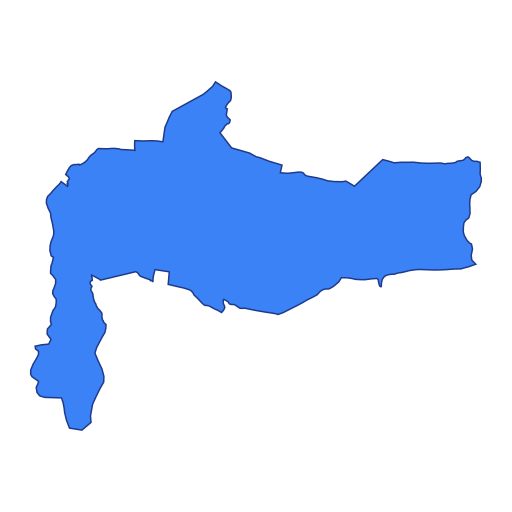 outline of Teteles de Avila Castillo, Puebla, Mexico
{"feature_id": "50627088B73546820144927", "entity_name": "Teteles de Avila Castillo", "entity_type": "district", "adm_level": 2, "iso_a3": "MEX", "parent_name": "Mexico", "parent_adm1": "Puebla", "projection": "albers", "projection_center": [-97.454, 19.852], "detail": "fine", "context": "isolated", "style": "filled", "palette": "blue", "viewbox_px": 512, "rotation_deg": 0, "n_neighbors": 0, "source": "geoboundaries", "source_scale": "gbopen_adm2", "svg_char_len": 5912}
<svg xmlns="http://www.w3.org/2000/svg" viewBox="0 0 512 512"><path d="M475.8,264.2L471.8,260.1L471.2,255.4L472.5,249.0L471.8,245.6L471.5,244.1L469.4,242.9L467.1,240.5L464.4,235.8L463.3,232.1L463.4,227.2L463.9,222.9L465.9,220.1L468.7,218.0L470.0,213.7L469.9,207.7L469.7,204.0L469.9,199.7L471.1,194.8L476.1,191.3L479.7,186.7L481.3,181.4L481.3,178.2L480.1,174.1L480.3,168.8L480.1,162.3L476.9,161.3L474.6,161.4L472.0,160.6L470.6,159.3L469.3,157.8L468.0,156.9L466.0,157.5L464.6,159.1L463.1,160.3L459.2,160.9L457.1,161.3L456.1,162.1L454.5,162.8L452.2,163.1L450.3,163.3L446.9,163.4L445.6,163.9L440.2,163.0L429.7,163.3L421.7,163.1L413.4,162.2L407.0,162.3L401.1,162.3L394.1,162.8L387.8,160.9L382.7,159.6L354.5,186.2L345.9,181.1L342.4,181.7L334.3,181.6L327.6,180.8L322.3,179.1L316.4,177.7L308.2,176.3L306.0,175.7L304.4,174.5L303.6,173.2L301.6,172.2L298.0,172.1L294.3,172.6L287.9,173.3L280.3,172.8L282.0,165.1L269.3,161.3L259.4,157.5L256.4,156.9L249.7,153.1L231.6,147.9L220.0,132.8L220.3,132.4L222.4,129.9L223.8,128.1L224.8,126.1L227.0,124.0L227.4,123.8L228.5,123.7L228.9,123.4L229.7,122.2L229.9,121.3L230.2,119.9L228.9,118.6L227.3,117.2L226.5,115.4L226.3,114.6L227.0,111.0L227.1,109.6L227.3,108.9L225.5,107.9L225.7,106.8L226.1,106.0L227.1,104.4L228.5,102.6L230.5,100.6L231.0,98.9L231.3,97.0L231.1,93.8L230.9,92.0L229.9,90.6L224.8,87.6L221.6,85.9L218.6,83.9L215.5,81.9L212.6,86.4L207.0,91.3L204.5,93.4L203.0,94.5L172.2,111.4L172.1,111.7L169.4,116.9L166.8,123.1L165.3,126.5L165.0,127.2L162.9,141.8L157.4,141.0L151.1,140.7L142.7,141.0L134.8,140.6L134.7,141.8L134.6,145.6L134.7,148.6L134.9,149.9L135.0,150.3L125.6,149.7L120.8,149.5L120.0,149.2L118.7,148.8L116.6,148.6L114.4,148.4L112.2,148.4L109.7,148.6L108.4,148.7L106.6,148.8L104.7,148.7L99.3,148.6L98.4,148.5L96.8,149.7L96.0,150.8L94.9,152.2L93.6,153.4L92.6,154.0L92.2,154.3L91.7,154.7L91.0,155.2L90.4,155.8L89.7,156.5L89.3,157.0L88.8,157.6L88.4,158.2L87.7,159.4L86.4,160.8L85.2,161.8L84.7,162.2L83.9,162.8L83.3,163.2L82.4,163.7L81.9,164.0L81.3,164.3L80.7,164.6L80.1,164.8L79.7,165.0L78.9,164.2L77.4,164.5L75.4,164.6L73.9,164.6L72.5,165.1L71.3,165.5L70.3,166.6L69.5,167.4L68.6,169.0L67.0,171.8L66.2,173.5L65.7,174.5L66.7,175.4L67.6,176.1L68.4,176.9L69.2,178.1L69.1,179.3L68.2,180.1L67.7,181.3L67.5,181.5L67.3,181.7L67.5,181.9L67.5,182.2L67.6,182.9L67.5,183.4L67.8,183.7L67.3,183.8L67.5,184.3L67.7,184.8L67.8,185.7L67.5,186.3L61.1,181.6L60.2,183.1L58.8,184.7L56.0,187.4L53.0,190.6L50.6,193.5L47.7,196.4L46.5,199.6L46.4,203.2L48.2,208.4L50.5,212.9L51.0,217.7L52.3,222.8L53.0,226.5L53.8,231.1L53.7,234.2L53.1,236.7L52.2,238.8L51.0,241.8L50.1,245.6L49.9,250.5L51.2,255.9L53.4,257.2L52.2,262.8L51.0,265.9L50.6,270.8L50.6,273.5L52.3,274.9L55.7,279.5L55.6,283.5L54.1,287.8L52.8,291.0L52.7,293.7L54.2,296.5L56.2,299.2L56.2,303.0L55.4,307.1L53.0,310.6L52.2,312.7L50.6,317.2L50.5,321.5L51.4,324.3L50.0,326.1L47.4,329.0L47.1,334.0L51.0,339.4L48.7,344.1L41.6,344.8L35.1,346.2L35.6,349.0L38.6,351.4L38.4,354.8L36.1,359.2L33.0,364.4L30.7,370.1L30.7,374.4L32.1,376.8L38.5,381.3L38.1,383.3L36.2,387.4L37.0,392.5L39.8,395.9L43.2,396.9L45.0,397.4L61.5,397.9L63.1,402.6L64.1,407.9L64.6,412.3L66.4,420.0L69.5,428.1L81.9,430.1L91.0,422.4L90.5,415.9L92.6,404.2L96.1,396.5L100.1,388.4L103.7,382.1L103.9,376.4L102.0,369.1L98.1,360.8L94.9,353.1L96.7,347.4L102.0,337.4L104.9,332.5L105.8,328.4L106.0,324.5L103.7,322.3L103.3,320.8L103.1,320.7L102.9,320.4L102.7,320.2L102.4,319.5L102.4,319.1L102.3,318.8L102.2,318.4L102.1,318.1L102.1,317.6L102.0,317.2L101.8,316.5L101.9,315.8L102.0,314.9L101.9,313.9L101.8,313.3L101.6,312.7L99.5,310.0L98.8,309.4L98.1,308.8L97.4,307.8L97.1,307.1L96.5,306.2L96.1,305.2L95.8,304.0L94.5,301.8L94.0,300.1L93.4,298.4L93.4,297.4L93.2,296.7L93.1,296.1L93.0,295.4L93.0,294.7L92.7,293.6L92.5,293.0L92.1,292.3L91.1,290.7L90.9,290.5L90.9,289.6L90.9,288.8L91.0,288.4L91.1,288.0L91.4,287.3L91.8,286.9L91.9,286.7L91.9,286.4L91.9,286.1L91.6,285.7L91.2,285.4L91.0,285.0L90.7,284.7L90.5,284.1L90.3,283.6L90.2,283.2L90.1,282.7L90.1,282.4L90.1,282.1L90.2,281.9L90.5,281.4L90.8,281.2L91.2,281.0L91.5,280.8L92.1,280.4L92.3,280.3L92.3,279.6L92.2,279.2L92.1,278.8L92.1,277.8L92.0,277.4L91.7,276.9L91.6,276.5L91.7,275.9L91.6,275.5L91.6,275.1L96.0,277.3L99.1,279.0L100.5,280.1L135.7,271.7L136.1,271.9L136.5,272.1L136.8,272.3L137.5,272.6L137.8,272.9L138.0,273.2L138.2,273.6L138.5,273.9L138.8,274.3L139.2,275.0L139.5,275.4L140.1,275.9L140.9,276.4L142.3,277.0L145.8,278.3L150.5,279.9L150.4,280.6L152.2,280.9L152.7,281.5L153.0,281.3L153.0,279.0L153.4,275.9L155.0,269.6L169.2,271.8L169.2,272.6L168.2,284.4L177.5,286.6L180.6,287.3L183.4,287.9L186.6,288.9L189.7,289.9L191.6,291.2L193.3,293.4L194.1,295.1L196.0,296.8L198.6,299.4L200.2,301.2L200.8,301.8L201.5,302.5L202.0,303.0L203.1,304.1L204.0,304.9L205.2,305.4L206.6,305.5L207.7,305.6L209.0,305.9L215.1,309.2L217.8,310.3L221.5,312.5L223.2,310.7L224.3,308.8L224.8,307.5L224.3,305.6L223.5,303.9L223.2,302.4L223.2,300.3L223.8,299.4L226.0,300.5L228.0,301.7L229.3,303.8L230.8,304.4L234.5,304.6L237.6,306.7L239.9,308.2L241.6,308.4L244.4,308.2L246.4,308.5L251.0,309.5L256.1,310.5L264.8,312.0L272.9,313.2L276.9,314.0L278.0,314.5L283.4,312.5L293.8,307.2L297.2,305.5L303.2,302.3L306.6,300.2L313.3,296.9L317.2,294.7L318.8,292.9L320.1,291.5L322.0,290.2L324.1,289.2L326.2,289.0L328.7,288.9L329.7,288.6L333.7,286.2L338.7,282.0L341.4,277.7L347.4,277.8L351.9,278.5L355.3,279.3L359.6,279.6L364.6,279.7L372.1,278.8L376.6,278.5L377.4,278.8L378.3,279.8L378.5,281.7L379.0,284.0L379.5,285.6L380.1,286.4L380.9,286.8L381.3,286.3L381.4,285.2L381.4,283.4L381.8,281.3L382.3,279.4L383.0,278.3L384.3,276.6L386.3,275.3L388.5,274.7L390.9,274.3L393.8,274.2L395.1,274.0L397.4,273.1L398.6,272.9L400.3,272.7L403.0,272.2L406.7,271.3L408.5,270.8L411.1,270.3L414.8,269.8L418.1,269.5L420.6,269.5L426.5,269.7L434.0,270.0L440.0,269.9L446.4,269.6L451.5,269.2L455.2,269.0L460.8,268.9L464.6,267.8L468.5,266.8L472.4,265.4L475.8,264.2Z" fill="#3b82f6" stroke="#1e3a8a" stroke-width="1.5"/></svg>